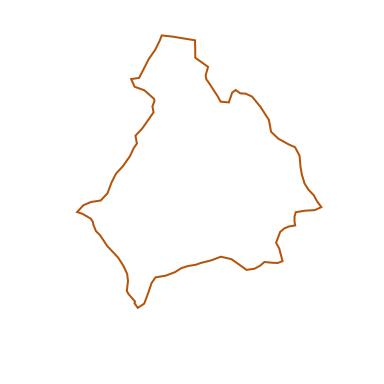 Kyongsong, Hamgyŏng-bukto, North Korea (Robinson projection), rotated 125°
{"feature_id": "82179303B44322363830429", "entity_name": "Kyongsong", "entity_type": "district", "adm_level": 2, "iso_a3": "PRK", "parent_name": "North Korea", "parent_adm1": "Hamgyŏng-bukto", "projection": "robinson", "projection_center": [129.427, 41.678], "detail": "fine", "context": "isolated", "style": "outline", "palette": "amber", "viewbox_px": 384, "rotation_deg": 125, "n_neighbors": 0, "source": "geoboundaries", "source_scale": "gbopen_adm2", "svg_char_len": 1516}
<svg xmlns="http://www.w3.org/2000/svg" viewBox="0 0 384 384"><g transform="rotate(125 192 192)"><path d="M140.2,85.8L136.5,81.1L130.2,77.4L127.7,84.7L124.8,90.4L123.4,97.6L120.5,104.7L114.8,111.9L109.1,117.6L100.6,124.7L96.2,133.3L97.6,140.4L98.8,151.8L97.3,161.8L88.8,170.4L85.9,177.6L83.0,184.7L79.4,197.5L80.7,204.6L83.5,209.0L83.4,214.7L87.6,216.1L97.5,213.2L101.6,220.4L98.7,226.2L95.9,233.4L93.0,240.5L91.5,244.8L88.7,247.7L80.3,250.6L80.2,256.3L80.2,262.1L80.1,266.4L75.9,269.3L66.0,276.5L68.7,282.2L71.5,287.9L75.6,296.6L81.1,306.6L86.8,305.2L96.6,303.7L107.8,303.7L117.6,302.3L128.9,300.8L134.4,306.6L138.7,299.4L136.0,289.3L137.5,276.4L138.9,275.0L144.6,273.5L148.8,269.2L153.0,269.2L158.6,269.2L168.5,269.2L178.3,270.6L179.7,269.2L183.9,264.9L189.5,264.9L198.0,263.4L210.6,263.4L220.4,264.8L230.2,263.4L241.5,260.5L251.3,261.9L258.2,269.1L265.2,273.4L274.3,274.6L272.7,269.2L271.9,259.6L273.3,256.1L275.2,254.3L279.1,248.3L280.2,242.3L284.8,230.7L288.1,214.9L291.9,205.7L296.3,198.1L301.6,193.4L310.5,188.6L312.1,185.2L314.4,175.9L316.1,175.3L318.0,170.0L310.9,167.1L299.6,170.0L289.8,172.9L282.8,172.9L275.8,165.7L267.5,160.0L260.5,157.1L254.9,152.8L249.4,147.1L245.2,144.2L236.9,137.0L228.5,131.3L228.1,130.3L224.4,121.2L224.4,112.6L224.5,102.6L219.0,96.8L213.4,94.0L207.8,92.5L203.7,85.3L200.9,81.0L196.7,78.2L188.2,88.2L185.4,94.0L179.8,95.4L174.2,96.9L168.6,95.4L164.4,92.6L160.2,88.3L157.4,91.1L153.2,94.0L149.0,95.4L142.1,88.3L140.2,85.8Z" fill="none" stroke="#b45309" stroke-width="2"/></g></svg>